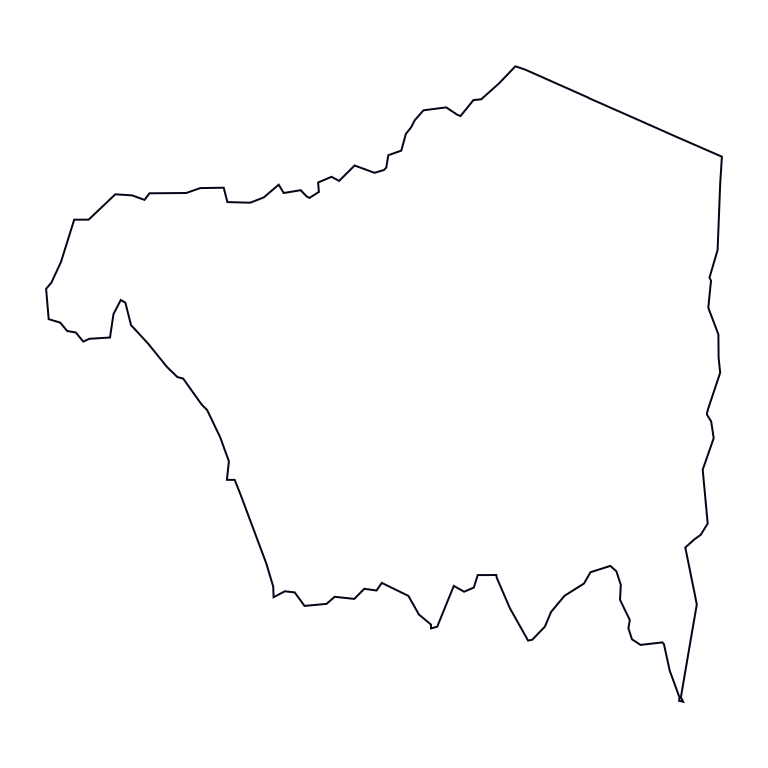 the district of Toa Alta, Puerto Rico
{"feature_id": "32010507B81379947560815", "entity_name": "Toa Alta", "entity_type": "district", "adm_level": 2, "iso_a3": "PRI", "parent_name": "Puerto Rico", "parent_adm1": "", "projection": "equal_earth", "projection_center": [-66.251, 18.359], "detail": "fine", "context": "isolated", "style": "outline", "palette": "ink", "viewbox_px": 768, "rotation_deg": 0, "n_neighbors": 0, "source": "geoboundaries", "source_scale": "gbopen_adm2", "svg_char_len": 1790}
<svg xmlns="http://www.w3.org/2000/svg" viewBox="0 0 768 768"><path d="M132.2,195.4L115.3,194.3L88.6,219.7L74.2,219.7L61.0,261.9L51.4,282.6L46.1,288.8L48.7,319.2L60.2,322.6L67.2,331.0L75.8,332.5L83.3,341.6L89.3,338.8L110.0,337.5L113.5,314.0L120.8,300.0L125.4,302.7L131.0,325.1L148.0,343.5L167.1,367.1L177.3,377.0L183.2,378.6L201.7,404.6L207.1,410.0L220.2,437.3L228.9,461.3L226.9,479.8L234.7,479.9L240.4,494.2L266.3,563.5L273.2,586.5L273.6,597.2L284.9,591.3L294.7,592.4L304.5,605.9L326.5,603.9L334.7,596.8L354.3,598.9L364.3,588.8L376.5,590.5L381.8,582.9L408.4,595.9L418.9,614.5L430.9,624.5L431.0,628.4L437.2,626.7L453.8,585.9L464.1,591.7L473.8,587.6L477.7,575.1L496.3,575.0L496.8,577.9L509.9,608.2L528.1,640.6L532.3,639.7L544.9,626.6L551.1,611.9L564.5,595.8L584.0,583.5L590.5,572.2L610.3,565.9L616.4,571.3L620.8,584.9L620.0,599.8L629.8,620.0L628.4,628.3L632.0,639.3L640.5,644.9L662.4,642.4L663.9,644.0L669.7,670.6L679.5,697.5L679.1,700.8L683.1,701.7L680.9,697.2L691.7,633.9L696.8,604.6L695.0,595.4L685.3,547.5L694.7,539.1L700.6,534.9L707.7,523.6L702.7,469.7L713.7,438.2L711.2,421.5L707.0,414.7L706.9,413.5L708.0,409.2L720.2,372.7L718.6,357.9L718.4,334.6L715.6,327.0L708.3,307.8L710.5,285.4L711.1,280.9L709.5,277.6L717.6,250.0L720.1,185.7L720.3,181.9L721.9,156.7L678.1,137.6L633.7,117.9L588.8,98.1L588.8,97.9L525.6,69.8L515.4,66.3L499.1,83.3L481.2,99.3L473.4,100.1L460.5,116.1L457.0,114.6L446.2,107.4L423.5,110.3L414.7,120.3L411.1,127.4L405.9,133.8L401.3,150.6L388.3,155.2L386.3,167.5L384.0,170.0L374.5,172.8L354.6,165.5L339.1,180.9L331.5,176.8L318.1,182.5L318.9,191.9L309.5,197.9L306.6,196.4L300.7,190.2L283.7,193.0L278.7,184.7L263.8,197.4L250.2,202.7L227.4,202.1L223.7,187.7L200.2,188.1L186.2,193.0L149.5,193.3L144.5,199.9L132.2,195.4Z" fill="none" stroke="#020617" stroke-width="2"/></svg>